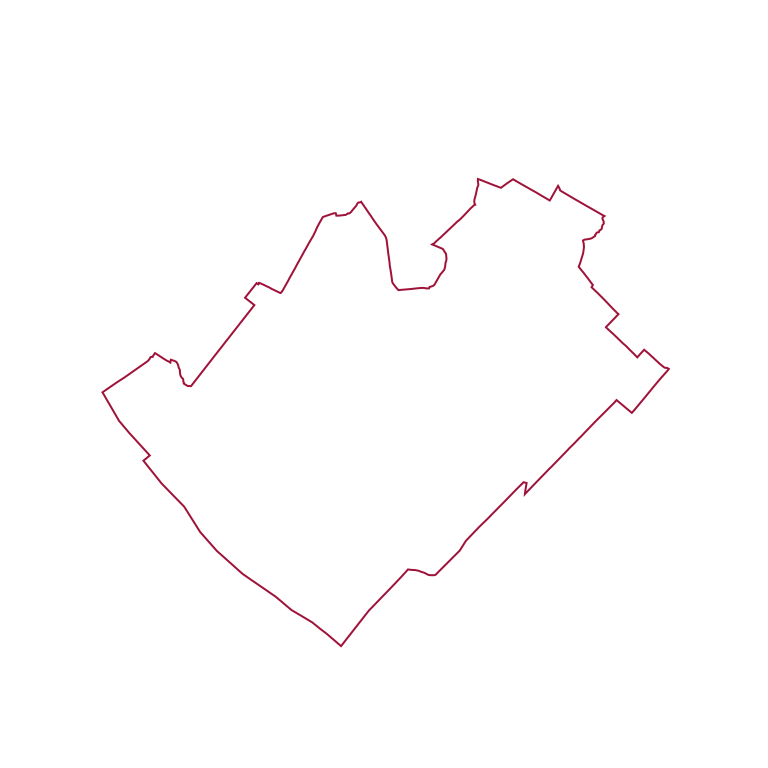 the district of Ostroveni, Dolj, Romania, rotated 26°
{"feature_id": "2599482B82593705171152", "entity_name": "Ostroveni", "entity_type": "district", "adm_level": 2, "iso_a3": "ROU", "parent_name": "Romania", "parent_adm1": "Dolj", "projection": "orthographic", "projection_center": [23.874, 43.804], "detail": "fine", "context": "isolated", "style": "outline", "palette": "rose", "viewbox_px": 768, "rotation_deg": 26, "n_neighbors": 0, "source": "geoboundaries", "source_scale": "gbopen_adm2", "svg_char_len": 6093}
<svg xmlns="http://www.w3.org/2000/svg" viewBox="0 0 768 768"><g transform="rotate(26 384 384)"><path d="M578.6,360.8L581.2,353.5L583.1,347.5L584.5,343.5L586.0,338.7L590.6,324.5L594.4,313.6L599.3,299.3L600.0,296.5L612.9,299.7L619.4,301.3L620.3,298.2L624.3,281.9L627.1,270.0L629.8,259.1L631.6,252.6L632.9,248.0L633.4,245.6L632.5,245.5L631.7,245.5L631.1,245.5L630.5,245.8L629.8,246.1L629.0,246.3L628.3,246.2L623.4,245.1L608.5,240.6L602.8,239.2L600.7,246.3L600.0,249.0L594.9,247.2L589.4,245.4L584.7,243.7L580.9,242.7L576.6,241.3L572.6,240.0L568.0,238.5L566.9,238.2L562.7,237.0L558.6,235.7L558.7,235.0L561.4,226.9L562.8,222.5L564.1,218.4L561.9,217.8L555.9,215.7L544.6,211.5L535.9,208.5L530.2,206.7L528.1,206.0L528.4,203.5L525.8,202.2L521.6,200.0L514.7,196.6L507.6,193.3L507.3,189.5L505.7,179.3L503.7,173.2L501.7,169.9L500.1,168.1L499.9,167.8L500.9,166.4L502.0,165.6L503.6,164.6L505.2,163.4L506.5,162.3L507.5,160.9L508.1,159.6L508.9,158.4L508.4,157.5L508.6,156.9L508.8,155.8L508.8,154.8L509.6,154.0L510.5,153.5L510.5,152.2L510.3,151.6L511.2,150.3L511.6,149.3L511.3,148.0L511.0,146.6L510.7,145.8L510.8,144.9L511.1,144.2L511.2,143.4L510.9,143.0L510.7,142.7L510.6,142.4L510.4,142.0L510.2,141.6L509.6,141.2L508.6,140.3L507.9,139.8L507.7,139.4L507.5,138.7L507.7,137.9L508.0,137.3L508.5,136.4L507.5,136.4L501.3,136.0L492.1,135.4L484.4,134.9L472.9,134.1L464.1,133.4L459.2,133.0L457.5,132.8L456.0,131.3L454.4,130.1L453.6,129.6L452.7,144.4L452.5,146.4L448.7,146.1L443.5,145.7L437.5,145.2L419.5,144.1L414.9,143.8L410.3,143.4L410.1,143.6L407.3,148.5L405.5,151.8L403.1,156.4L395.0,157.2L382.0,158.2L378.6,158.6L378.7,158.8L378.9,159.3L379.2,160.2L379.9,161.3L380.8,162.5L381.5,163.7L381.7,164.3L381.7,165.6L381.8,166.8L382.7,170.4L383.5,173.6L384.2,177.3L384.3,178.0L384.6,179.0L385.0,180.1L385.4,180.8L385.7,181.3L385.8,181.6L386.4,182.1L387.4,182.9L387.0,183.3L386.8,183.4L386.4,184.2L386.1,185.0L384.8,188.3L383.0,194.3L381.4,199.2L380.5,201.7L379.9,203.3L379.5,204.5L379.1,204.9L378.3,206.9L377.6,208.9L376.2,212.6L375.5,214.5L374.7,216.5L374.0,218.5L373.2,220.6L371.7,224.6L370.9,226.6L370.4,228.2L370.1,228.5L369.5,230.1L368.8,231.8L368.1,233.6L367.3,235.9L367.2,236.0L367.0,236.3L366.6,236.7L366.1,237.3L366.0,237.5L366.9,237.4L375.6,236.9L377.6,236.8L381.4,239.1L382.6,239.8L382.8,240.0L383.3,240.8L384.5,242.8L385.3,244.1L385.6,244.9L385.8,245.6L386.1,246.8L386.0,247.5L387.7,252.4L388.1,255.1L386.6,260.8L385.9,271.4L385.7,273.2L384.9,274.4L383.6,275.8L382.5,276.7L382.6,278.3L380.5,279.4L377.6,280.2L375.4,281.3L372.1,283.3L367.4,286.3L364.1,288.3L358.4,291.7L356.3,293.0L355.9,293.3L352.3,291.9L350.0,290.7L347.4,289.4L346.5,288.4L341.7,281.2L338.5,276.7L336.9,274.4L335.2,271.6L329.9,263.7L327.9,260.6L326.0,257.7L324.9,256.0L323.3,253.6L322.3,252.3L321.6,251.6L319.8,250.2L317.1,248.7L314.7,247.5L312.8,246.5L307.5,243.8L302.1,240.8L298.2,238.5L295.6,237.1L291.8,234.9L287.2,232.3L284.0,230.5L283.6,230.2L283.0,231.1L281.5,232.1L281.0,232.8L280.9,236.0L279.4,241.7L279.1,243.5L278.3,245.5L277.6,246.2L276.7,246.5L276.4,247.4L275.3,248.9L270.4,252.0L267.4,253.6L266.4,252.3L265.7,251.6L265.1,252.0L264.0,252.6L262.4,254.2L256.8,259.7L255.8,260.9L255.4,267.5L255.2,272.6L255.4,276.7L255.4,281.6L254.8,289.3L254.7,290.7L254.6,292.4L254.6,293.7L254.5,294.8L254.5,295.5L254.4,295.9L254.4,297.2L254.3,298.5L254.1,301.3L254.1,302.3L254.0,303.2L254.0,304.6L253.8,307.6L253.8,308.6L253.7,309.7L253.7,310.7L253.6,311.8L253.5,313.1L253.4,315.9L253.4,316.9L253.2,320.9L253.1,322.5L253.0,323.8L253.0,325.1L252.9,326.5L252.8,328.1L252.7,329.4L252.6,333.5L252.4,336.3L252.2,340.0L251.9,344.5L251.9,345.1L251.6,345.8L251.5,346.0L251.6,346.4L251.5,346.8L251.4,347.2L251.3,347.4L251.2,347.5L250.9,347.7L248.9,347.7L244.1,347.7L243.2,347.7L242.7,347.7L241.6,347.8L240.7,347.7L239.7,347.6L239.3,347.6L238.9,347.6L238.4,347.6L237.9,347.5L236.9,347.6L236.5,347.6L236.0,347.6L235.5,347.6L235.0,347.6L234.2,347.6L233.7,347.6L231.8,347.6L228.8,347.7L228.4,347.8L228.0,347.8L227.4,347.8L227.1,348.0L227.0,348.4L227.1,348.7L227.3,348.8L227.5,349.4L227.4,349.6L225.3,349.2L221.3,367.4L232.9,369.9L219.0,434.9L211.5,470.5L211.1,470.7L210.7,470.9L210.1,471.1L209.5,471.4L209.0,471.6L208.6,471.8L208.0,471.8L207.5,471.8L206.7,471.7L204.8,471.5L203.9,471.4L203.9,470.8L203.5,470.6L203.2,470.4L203.0,470.1L202.7,469.8L202.4,469.5L202.2,469.2L201.9,468.6L201.5,467.8L201.2,467.6L201.0,467.4L200.5,467.3L200.3,467.3L200.1,467.2L199.8,467.1L198.8,466.6L198.3,466.3L198.0,466.1L197.7,465.8L197.3,465.5L197.0,465.2L196.8,464.9L196.6,464.5L196.3,464.2L196.1,463.9L195.9,463.6L195.7,463.2L195.1,462.2L194.4,461.0L194.2,460.7L193.4,460.1L192.7,459.6L192.4,459.3L192.1,459.0L191.9,458.8L191.6,458.5L191.4,458.2L191.1,457.7L190.7,457.4L190.5,457.1L190.2,456.9L189.4,456.2L189.0,455.9L188.4,455.6L187.8,455.3L187.5,455.2L187.0,455.2L186.6,455.1L186.2,455.1L185.9,455.1L185.7,455.1L185.4,455.1L184.5,455.3L182.9,455.5L182.2,455.5L181.8,455.6L182.2,457.0L182.6,458.4L181.8,458.3L180.8,458.2L177.8,458.2L176.8,458.0L175.5,457.9L174.4,457.8L172.9,457.6L169.8,457.2L169.1,457.1L166.3,456.8L164.6,456.6L164.5,457.1L164.4,457.7L164.4,458.1L164.3,458.8L164.2,459.2L164.2,459.7L164.0,460.7L164.0,460.9L164.1,461.1L163.7,461.3L162.8,461.8L162.5,462.0L162.4,462.2L162.4,462.3L162.3,462.6L162.4,463.2L162.4,463.7L162.2,464.4L162.1,465.1L162.0,465.8L161.5,467.2L147.7,492.2L144.4,497.6L142.8,500.3L134.6,514.9L135.7,515.6L162.1,533.3L176.1,539.5L204.8,550.9L201.4,558.4L227.7,570.9L258.3,581.9L283.6,597.6L306.9,607.3L339.9,616.6L350.1,618.2L379.6,622.6L399.9,627.7L423.9,629.7L433.0,631.8L435.3,632.3L440.4,633.3L442.3,633.7L460.3,638.4L469.8,593.9L471.9,587.7L475.4,576.8L477.3,571.1L480.9,559.9L483.9,550.4L486.1,542.9L486.8,540.2L490.5,538.9L493.8,537.5L496.9,536.7L499.9,536.5L502.9,536.0L507.7,536.1L509.5,535.5L511.4,534.6L512.5,534.1L513.5,533.4L514.1,532.7L514.2,532.2L525.1,500.5L526.4,488.8L532.3,470.5L536.2,459.7L538.1,453.9L543.4,438.2L549.4,420.0L552.5,411.1L555.6,410.5L557.9,418.4L558.9,421.2L559.8,418.3L562.2,410.9L565.5,400.8L569.4,388.8L571.1,384.0L578.2,362.3L578.6,360.8Z" fill="none" stroke="#9f1239" stroke-width="2"/></g></svg>